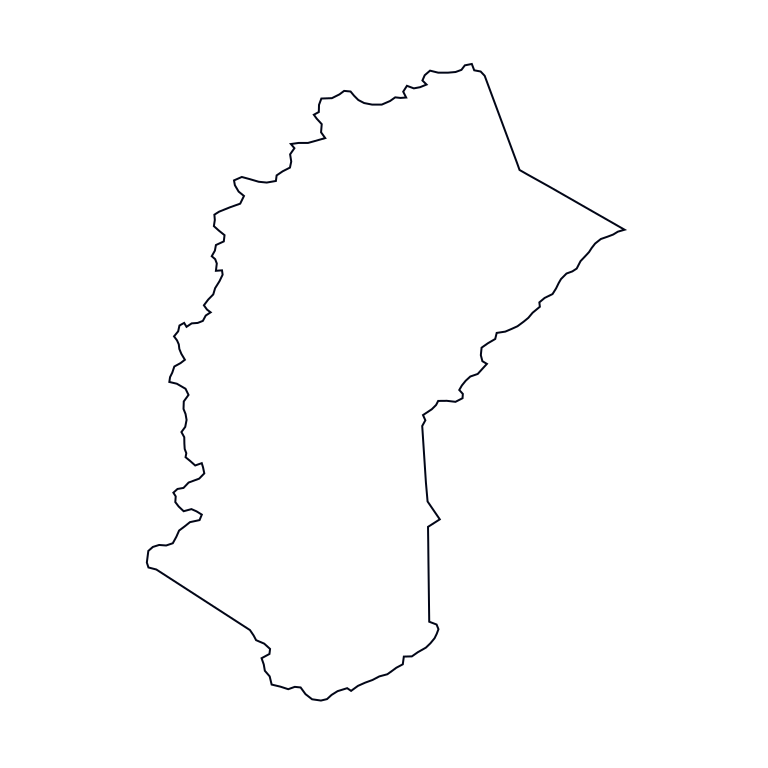 the district of Macajuba, Bahia, Brazil, rotated 82°
{"feature_id": "56859067B5782539375229", "entity_name": "Macajuba", "entity_type": "district", "adm_level": 2, "iso_a3": "BRA", "parent_name": "Brazil", "parent_adm1": "Bahia", "projection": "equal_earth", "projection_center": [-40.27, -12.114], "detail": "fine", "context": "isolated", "style": "outline", "palette": "ink", "viewbox_px": 768, "rotation_deg": 82, "n_neighbors": 0, "source": "geoboundaries", "source_scale": "gbopen_adm2", "svg_char_len": 3092}
<svg xmlns="http://www.w3.org/2000/svg" viewBox="0 0 768 768"><g transform="rotate(82 384 384)"><path d="M264.7,124.3L211.3,193.2L196.4,212.9L190.9,220.0L183.6,221.5L92.8,241.4L88.0,244.8L85.9,251.0L79.3,252.5L79.7,259.6L83.7,263.6L85.0,269.7L84.6,277.3L83.2,287.1L80.1,294.8L83.9,300.7L88.8,303.7L93.4,300.2L95.1,307.0L95.4,313.3L91.9,319.8L97.2,324.3L103.4,322.2L103.0,327.9L101.7,333.0L104.6,338.6L107.0,347.3L105.7,356.8L103.0,364.6L99.2,369.9L94.4,373.5L89.7,376.4L88.2,382.7L91.0,387.8L93.7,395.8L92.6,406.3L98.5,409.5L105.6,410.7L107.6,416.0L111.9,413.7L118.0,409.5L126.0,411.3L132.3,408.0L133.8,418.8L134.7,425.7L133.4,435.2L133.4,442.8L138.0,439.9L143.5,445.0L150.8,444.9L156.6,447.0L159.3,454.8L162.5,461.3L167.9,462.8L168.2,472.1L166.3,479.9L162.4,488.5L159.2,496.0L161.5,504.2L166.4,504.0L173.2,501.2L178.3,496.5L185.4,501.3L187.6,512.0L190.4,523.3L192.7,528.4L198.0,528.7L204.0,530.5L209.2,526.1L214.4,521.2L220.5,522.8L223.0,531.1L228.4,532.9L233.5,536.8L236.9,533.8L241.4,532.8L248.5,534.7L248.9,528.6L253.3,528.6L259.3,532.6L265.6,537.9L271.5,540.6L275.9,546.3L281.0,551.4L285.7,548.9L288.9,545.7L291.4,551.0L296.3,554.6L297.6,560.0L297.2,566.0L299.9,571.6L295.7,573.4L297.6,578.4L303.2,580.5L307.6,585.3L312.0,582.9L316.2,581.7L320.8,581.8L325.9,580.5L332.3,577.8L335.0,582.6L337.5,589.2L343.3,592.1L347.4,594.9L352.1,596.3L354.9,589.1L361.1,581.2L367.6,579.1L373.4,584.7L380.8,586.0L386.1,584.7L392.1,584.5L398.8,586.8L403.4,591.3L408.9,589.2L415.4,590.0L420.6,590.4L425.0,589.4L428.9,590.7L433.1,586.8L438.4,582.3L437.0,575.5L441.3,574.8L447.5,574.4L452.0,580.2L454.4,591.2L459.0,597.0L459.2,603.1L462.3,607.7L466.3,605.9L471.9,607.1L476.7,604.4L482.1,600.1L481.1,592.1L484.0,587.4L488.0,582.6L493.1,585.6L493.8,595.4L497.2,601.1L500.6,607.3L506.4,610.9L512.3,615.3L513.6,622.2L512.1,629.1L513.2,635.6L516.5,640.6L523.4,642.5L527.8,643.7L532.9,642.8L536.0,635.3L609.0,551.0L614.9,548.1L619.9,546.3L624.4,538.8L630.5,533.7L635.4,535.0L638.5,543.4L645.0,542.1L651.4,541.9L657.6,537.9L666.0,537.1L669.3,528.7L672.9,521.3L671.5,514.5L672.9,508.8L680.2,504.9L686.2,499.1L688.7,490.5L688.1,484.3L684.6,479.2L681.7,472.7L680.1,462.8L683.3,459.3L679.3,451.8L677.1,444.1L675.5,436.6L672.9,429.3L671.9,421.1L669.3,416.1L666.7,411.3L664.2,404.4L656.7,402.3L657.6,394.3L654.3,387.8L650.9,379.2L647.2,374.1L642.8,369.3L638.8,366.6L634.4,364.2L629.5,365.4L625.7,372.3L566.8,364.8L546.7,362.2L531.6,360.3L525.8,347.6L506.4,357.2L487.3,356.2L430.9,352.0L425.7,348.1L420.2,349.7L415.6,340.1L412.0,335.3L408.3,332.7L409.4,324.1L411.6,315.7L409.0,308.2L404.8,307.3L400.4,310.3L396.3,307.1L392.1,302.6L388.6,297.5L387.1,289.8L382.6,284.4L378.4,279.3L375.1,283.4L368.9,284.1L361.6,282.3L358.1,275.4L354.9,267.6L349.1,265.3L349.0,256.6L347.2,249.9L345.4,243.8L341.7,237.0L338.6,231.9L334.1,226.9L329.2,218.9L324.8,218.8L321.1,212.9L318.4,204.6L313.3,200.3L308.4,197.0L304.7,194.1L300.0,187.9L298.7,181.8L296.5,177.1L289.7,172.3L285.0,166.4L281.9,162.6L278.3,159.5L274.3,155.4L270.6,149.1L269.2,142.0L267.9,136.3L265.7,131.2L264.7,124.3Z" fill="none" stroke="#020617" stroke-width="2"/></g></svg>